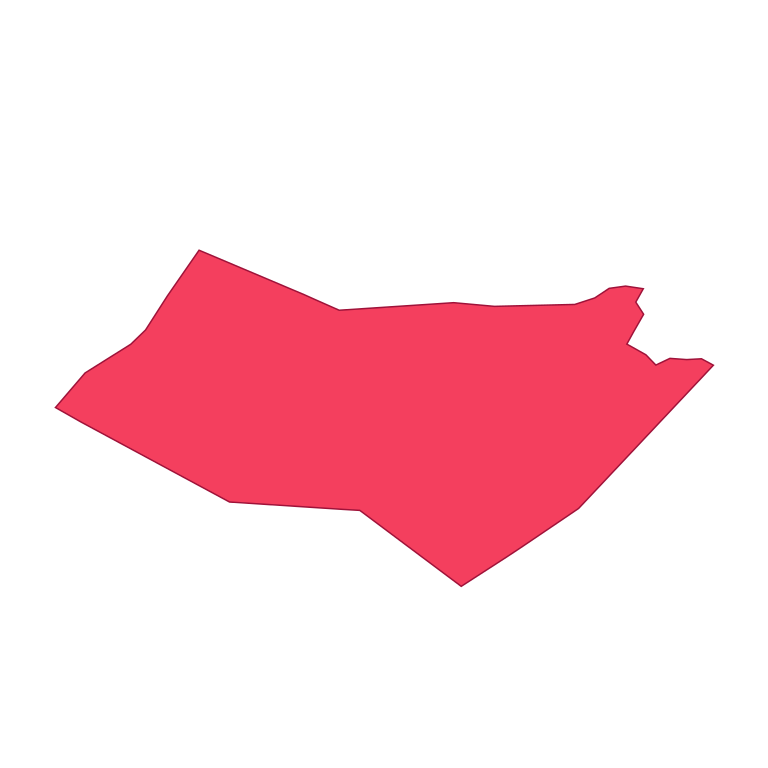 Nossa Senhora de Lourdes, Sergipe, Brazil (Robinson projection), rotated 226°
{"feature_id": "56859067B12193176989723", "entity_name": "Nossa Senhora de Lourdes", "entity_type": "district", "adm_level": 2, "iso_a3": "BRA", "parent_name": "Brazil", "parent_adm1": "Sergipe", "projection": "robinson", "projection_center": [-37.019, -10.08], "detail": "fine", "context": "isolated", "style": "filled", "palette": "rose", "viewbox_px": 768, "rotation_deg": 226, "n_neighbors": 0, "source": "geoboundaries", "source_scale": "gbopen_adm2", "svg_char_len": 591}
<svg xmlns="http://www.w3.org/2000/svg" viewBox="0 0 768 768"><g transform="rotate(226 384 384)"><path d="M595.3,131.3L566.9,139.7L406.4,190.9L322.4,267.3L309.9,278.8L184.8,299.0L174.2,352.9L170.3,374.3L159.3,437.5L168.7,634.0L181.6,629.9L191.3,618.7L203.8,607.5L208.8,592.7L223.0,592.7L244.0,586.4L248.3,600.3L253.8,619.2L268.0,622.0L272.4,636.7L286.6,625.8L296.4,612.4L299.5,595.4L308.7,576.5L363.1,517.4L394.1,490.6L468.2,403.0L492.3,393.2L503.3,388.8L608.7,343.9L597.9,289.7L588.5,250.0L588.5,229.5L599.6,176.7L595.3,131.3Z" fill="#f43f5e" stroke="#9f1239" stroke-width="1.5"/></g></svg>